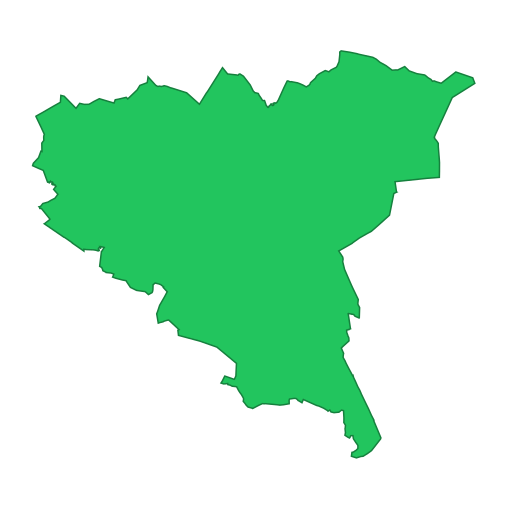 Mālpils pag., Malpils, Latvia (Mercator projection), rotated 179°
{"feature_id": "27541924B96733922651524", "entity_name": "Mālpils pag.", "entity_type": "district", "adm_level": 2, "iso_a3": "LVA", "parent_name": "Latvia", "parent_adm1": "Malpils", "projection": "mercator", "projection_center": [24.972, 57.014], "detail": "fine", "context": "isolated", "style": "filled", "palette": "green", "viewbox_px": 512, "rotation_deg": 179, "n_neighbors": 0, "source": "geoboundaries", "source_scale": "gbopen_adm2", "svg_char_len": 5919}
<svg xmlns="http://www.w3.org/2000/svg" viewBox="0 0 512 512"><g transform="rotate(179 256 256)"><path d="M473.6,399.6L473.6,399.4L468.5,388.2L465.5,381.3L465.9,380.4L466.2,378.8L466.2,376.6L466.1,375.3L466.2,375.2L468.2,372.6L468.2,364.2L469.2,364.6L471.7,358.1L477.0,352.6L477.8,350.2L472.3,347.6L467.2,345.3L464.1,336.3L463.1,333.5L462.0,333.6L461.5,333.6L461.8,333.0L461.6,332.8L461.3,332.7L461.0,333.0L460.9,333.2L460.2,333.6L460.4,334.1L460.2,334.3L460.0,333.7L458.5,333.6L458.1,333.4L457.8,332.5L457.9,331.8L457.9,331.6L458.1,331.5L458.8,332.0L458.9,331.6L458.8,331.4L458.7,331.4L458.3,330.9L458.1,330.8L457.7,330.9L457.3,330.7L457.2,330.9L457.3,331.4L457.0,331.4L456.3,330.7L455.8,330.7L455.7,329.8L455.6,329.6L454.8,329.4L454.7,329.2L457.0,326.4L457.2,326.1L453.0,321.2L456.0,317.3L456.3,317.1L460.2,315.2L462.9,313.6L468.2,312.2L470.6,309.3L472.1,309.0L471.4,308.1L471.3,307.3L469.7,307.2L461.4,296.5L461.4,296.2L466.9,292.0L467.1,291.9L447.7,278.1L447.3,278.0L446.9,277.8L439.3,272.3L439.4,272.1L428.0,263.9L428.0,265.7L426.1,265.5L425.8,265.4L418.5,265.0L416.1,264.6L413.7,263.8L412.7,264.2L412.8,264.5L412.7,264.7L412.8,264.8L413.1,265.4L413.4,265.0L413.5,265.0L413.5,265.7L413.3,265.9L413.4,266.3L413.3,266.6L412.2,267.4L411.5,266.5L411.3,266.5L411.1,266.7L411.0,267.4L411.1,267.7L411.6,268.2L411.3,268.2L407.6,267.2L410.4,263.0L410.5,263.0L412.5,248.4L410.5,247.2L409.5,244.9L409.4,244.0L406.3,242.4L406.2,242.1L401.2,241.5L398.5,240.4L399.3,238.2L399.7,237.4L396.5,236.2L389.8,234.3L386.3,233.6L386.3,233.4L385.3,231.8L382.1,226.8L376.0,223.7L367.4,222.3L364.2,219.3L360.6,221.2L360.1,222.1L359.7,223.9L359.4,229.1L358.2,230.0L357.6,230.6L357.3,230.7L353.7,229.8L351.7,229.0L348.9,226.7L349.3,226.2L345.4,221.8L348.1,216.9L353.2,208.4L355.3,202.4L356.3,199.9L354.9,190.6L353.0,191.2L350.1,191.8L348.9,192.5L345.4,193.4L344.4,193.5L334.2,183.7L335.4,183.1L334.9,178.0L313.7,171.9L296.7,165.6L277.4,149.0L278.2,136.4L279.8,133.1L280.3,133.2L280.6,133.2L280.8,133.4L289.3,136.5L292.0,131.4L293.2,129.6L290.7,128.7L289.4,128.7L286.5,129.0L286.4,127.9L284.0,127.3L282.1,126.2L278.7,125.8L277.6,125.5L275.7,121.7L274.3,119.5L273.0,117.7L271.1,114.2L271.0,113.8L270.9,113.2L271.1,112.0L271.3,110.9L269.6,108.8L268.4,107.0L266.6,105.1L262.2,103.8L262.0,103.6L256.0,106.6L252.2,108.3L250.5,108.1L249.2,108.2L242.8,107.5L237.4,106.9L234.8,106.5L231.1,106.8L225.4,107.7L225.4,111.3L225.0,112.4L220.2,113.0L218.4,112.8L216.9,111.5L216.5,110.8L216.0,110.6L212.6,108.5L211.2,111.7L198.0,105.5L196.6,105.1L196.3,105.1L191.1,102.7L187.0,100.1L186.7,99.6L184.9,100.7L183.8,98.8L181.2,98.1L180.7,98.0L175.8,98.4L173.2,100.4L171.2,99.9L170.9,92.7L171.0,89.3L171.1,88.0L169.5,85.2L169.8,82.6L170.0,81.8L169.7,78.3L169.6,78.1L170.2,75.2L167.1,73.1L165.7,72.4L165.1,73.2L164.6,74.5L164.4,74.7L162.2,74.7L162.1,73.8L161.8,71.6L159.5,67.9L157.4,64.8L157.5,61.7L159.4,59.9L161.0,59.0L161.9,58.3L163.5,58.0L164.1,54.1L159.1,52.4L154.7,53.7L152.4,53.9L147.6,56.8L143.9,59.4L134.7,70.8L134.6,71.0L134.3,72.0L141.2,89.3L140.9,89.7L143.4,94.7L146.2,101.3L148.7,106.6L153.4,116.8L153.4,117.0L154.6,119.9L156.5,123.5L158.9,129.2L160.5,132.7L161.1,135.0L161.5,134.7L165.0,141.5L167.9,147.4L168.7,149.4L170.7,153.1L170.4,155.6L170.2,156.9L170.1,157.1L171.3,160.0L172.3,162.5L170.4,164.3L164.5,169.5L164.6,172.3L164.8,173.1L165.4,174.2L165.7,175.4L166.6,177.9L166.7,180.3L164.9,180.7L165.0,180.8L162.7,181.6L162.9,182.2L164.6,195.1L164.9,196.7L164.7,196.9L162.4,196.4L162.0,196.5L161.1,196.0L160.5,196.1L159.9,195.9L159.3,195.7L159.1,195.4L158.8,195.1L158.5,194.5L157.9,194.0L154.0,192.2L153.8,192.4L153.3,202.6L154.9,205.8L155.0,206.2L154.9,207.6L154.5,210.7L159.7,222.0L161.2,225.4L167.7,241.1L169.4,248.8L169.0,251.4L169.3,253.4L173.2,259.6L159.8,266.9L159.0,267.6L152.3,272.2L145.2,276.1L140.2,278.7L133.4,284.4L121.8,294.5L117.1,316.1L114.2,317.4L114.4,317.5L115.7,327.9L83.6,330.7L71.3,331.4L71.1,337.2L70.9,346.1L71.0,348.5L71.1,350.4L71.5,356.7L71.8,362.0L71.8,365.5L73.6,368.3L75.4,370.5L75.3,371.0L75.7,371.6L74.5,374.4L69.9,384.1L57.0,411.0L34.2,424.8L36.2,430.4L53.0,436.5L67.8,425.5L72.8,427.1L74.6,427.9L75.4,427.9L76.5,427.6L78.0,429.5L80.8,431.2L83.5,433.6L84.4,434.1L92.0,435.5L99.6,438.4L104.0,442.8L111.1,439.5L112.9,439.6L116.6,439.4L122.7,444.1L128.8,447.6L132.3,450.7L135.7,452.6L149.6,455.9L151.8,456.6L158.6,458.1L167.3,459.6L168.7,458.5L168.7,456.0L169.6,448.8L170.9,446.0L171.5,444.6L172.4,443.3L177.8,440.7L179.9,438.9L183.5,440.2L189.5,437.1L192.0,435.2L192.3,434.8L193.5,432.7L198.4,428.4L199.2,426.6L200.2,425.7L202.8,424.2L206.1,426.1L208.9,427.4L211.4,428.4L217.7,429.7L218.4,429.6L219.3,429.7L220.3,430.3L221.5,430.5L221.8,430.4L225.2,423.7L230.9,411.6L232.5,409.1L233.7,408.4L234.0,408.5L234.3,408.8L234.5,408.8L235.3,408.7L236.2,408.3L236.3,408.0L236.2,407.9L235.7,407.5L235.5,407.2L235.8,406.5L236.3,406.2L237.0,406.2L237.5,406.7L237.6,407.5L237.8,407.7L238.2,407.8L238.4,407.7L238.7,407.5L239.0,406.7L240.2,405.8L240.5,405.4L240.9,404.5L241.3,404.3L241.6,404.4L243.2,406.5L244.6,410.9L244.8,411.3L245.1,411.4L245.9,411.2L246.4,411.3L246.9,411.6L248.1,413.7L250.1,416.7L250.8,418.3L251.0,418.5L252.8,419.0L254.5,419.4L254.6,419.7L255.9,421.0L258.8,427.1L265.4,436.0L268.9,438.3L269.8,438.1L270.9,437.0L271.0,437.0L272.4,437.4L281.2,438.5L286.2,444.9L289.1,440.5L289.9,439.1L300.0,423.7L301.1,422.0L301.2,421.9L302.4,420.2L302.7,419.9L309.9,408.7L322.5,420.4L337.7,425.5L337.9,425.4L341.9,427.1L345.0,427.9L345.8,427.4L346.8,427.4L347.4,427.1L349.5,427.5L349.9,427.5L351.0,427.2L351.8,427.5L352.5,428.0L353.0,428.2L353.9,429.1L360.8,437.0L361.2,434.4L361.4,433.1L361.8,431.2L369.1,428.6L371.9,424.2L381.5,415.3L382.9,416.9L383.0,416.9L390.9,415.2L394.0,414.7L395.3,411.4L409.9,416.0L415.5,413.3L418.3,411.7L420.4,410.6L425.1,410.6L429.6,411.7L433.4,406.8L445.0,419.1L448.3,420.0L448.9,413.1L455.4,409.6L468.9,402.1L469.0,402.1L473.6,399.6Z" fill="#22c55e" stroke="#15803d" stroke-width="1.5"/></g></svg>